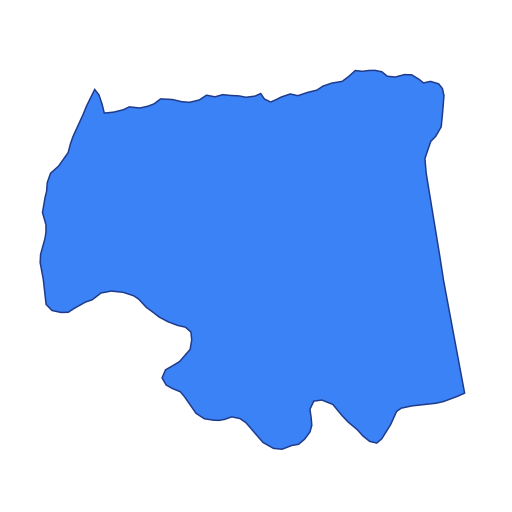 outline of Francisco Alves, Paraná, Brazil, rotated 3°
{"feature_id": "56859067B90869066064775", "entity_name": "Francisco Alves", "entity_type": "district", "adm_level": 2, "iso_a3": "BRA", "parent_name": "Brazil", "parent_adm1": "Paraná", "projection": "albers", "projection_center": [-53.884, -24.099], "detail": "fine", "context": "isolated", "style": "filled", "palette": "blue", "viewbox_px": 512, "rotation_deg": 3, "n_neighbors": 0, "source": "geoboundaries", "source_scale": "gbopen_adm2", "svg_char_len": 1834}
<svg xmlns="http://www.w3.org/2000/svg" viewBox="0 0 512 512"><g transform="rotate(3 256 256)"><path d="M471.5,382.0L444.5,270.2L441.8,257.2L439.8,247.7L421.6,164.3L419.6,149.8L422.8,138.5L424.6,132.3L429.2,127.1L434.2,117.3L434.9,101.5L435.3,85.9L433.4,79.0L429.4,74.5L421.1,72.5L414.2,74.4L409.5,71.0L402.0,66.9L394.6,67.1L385.7,70.0L377.7,69.6L372.0,65.4L365.1,64.4L359.1,64.8L352.6,66.0L345.4,65.6L339.5,71.6L332.9,77.1L322.5,79.4L313.9,82.9L308.1,87.2L299.3,89.8L289.4,93.7L281.7,92.4L272.7,96.0L267.7,98.9L262.6,101.5L256.1,98.7L252.2,93.5L246.6,96.4L237.7,98.0L230.5,97.0L221.8,97.0L214.3,96.6L206.7,99.2L198.2,98.0L191.1,103.2L181.6,106.0L173.8,105.8L164.3,104.1L152.5,104.1L146.2,109.4L140.4,112.0L132.2,114.3L121.7,113.7L115.8,116.9L106.3,119.8L97.0,121.2L94.3,112.3L90.7,103.3L86.2,98.1L78.8,115.4L75.9,123.8L67.0,146.3L64.9,153.4L63.0,162.5L54.1,176.6L46.5,184.1L43.7,193.7L43.5,202.3L42.3,208.5L40.5,223.7L44.6,235.7L45.0,243.2L44.4,249.3L40.8,265.6L40.8,273.9L44.8,290.4L48.9,315.3L55.1,321.1L64.3,322.6L71.5,322.0L77.2,317.8L88.2,310.9L94.7,308.3L103.1,301.1L113.2,298.6L125.1,299.2L135.9,302.1L141.2,305.3L149.0,312.9L156.0,317.5L162.6,322.1L171.6,326.3L181.3,329.4L189.3,330.8L195.0,335.4L196.2,343.2L195.1,352.7L185.2,365.4L176.9,371.0L171.6,374.4L168.6,382.7L173.1,389.6L179.4,392.7L187.6,395.6L192.0,400.3L204.3,416.2L212.9,421.2L222.2,422.2L227.7,422.1L233.2,420.8L240.2,417.9L248.6,419.2L254.8,423.1L272.7,441.8L283.5,447.2L292.1,447.6L301.8,443.3L308.4,441.8L314.1,436.4L319.1,428.9L320.6,422.2L319.6,415.0L317.9,406.2L321.3,397.9L329.3,396.4L340.5,400.2L350.1,410.7L356.6,416.9L366.5,424.4L372.0,430.0L379.2,435.2L386.4,436.5L391.2,431.9L399.4,417.0L404.5,403.9L408.9,400.4L419.7,397.5L443.5,393.6L450.9,391.5L459.0,388.0L464.9,385.4L471.5,382.0Z" fill="#3b82f6" stroke="#1e3a8a" stroke-width="1.5"/></g></svg>